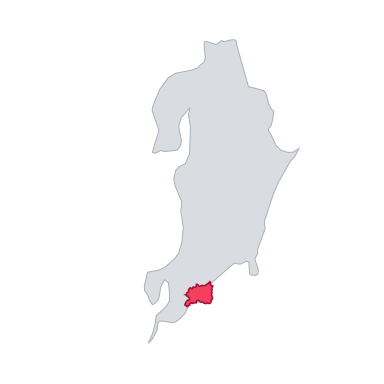 Coto Brus, Puntarenas, Costa Rica (highlighted), rotated 49°
{"feature_id": "36466004B67962139153797", "entity_name": "Coto Brus", "entity_type": "district", "adm_level": 2, "iso_a3": "CRI", "parent_name": "Costa Rica", "parent_adm1": "Puntarenas", "projection": "equal_earth", "projection_center": [-82.934, 8.894], "detail": "fine", "context": "in_parent", "style": "filled", "palette": "rose", "viewbox_px": 384, "rotation_deg": 49, "n_neighbors": 0, "source": "geoboundaries", "source_scale": "gbopen_adm2", "svg_char_len": 6194}
<svg xmlns="http://www.w3.org/2000/svg" viewBox="0 0 384 384"><g transform="rotate(49 192 192)"><path d="M297.3,196.4L296.9,197.9L295.8,199.6L294.3,201.2L292.2,202.4L287.2,199.0L282.3,195.1L279.6,196.9L278.6,201.9L276.7,204.5L274.5,205.5L273.5,207.2L273.3,224.2L273.5,240.2L277.2,240.6L283.4,246.2L286.1,249.5L286.9,252.5L286.1,254.0L281.6,257.5L277.2,261.9L275.0,267.4L278.8,276.3L279.7,282.4L279.5,288.8L278.5,291.8L269.9,299.1L268.0,301.7L268.3,303.5L273.0,308.5L275.2,313.4L277.1,319.3L277.4,324.4L273.1,314.9L267.1,305.9L261.9,300.3L261.6,287.4L259.5,280.4L251.7,273.9L245.0,269.3L240.1,270.3L243.1,277.7L250.9,287.3L251.5,290.9L251.3,295.8L245.9,295.1L241.2,293.1L235.4,292.5L231.5,289.5L223.4,278.1L229.2,268.4L231.0,262.0L230.9,248.8L229.5,242.3L223.2,232.6L213.2,221.9L199.2,213.1L192.6,206.1L176.2,200.7L170.0,197.1L165.1,190.4L164.4,185.7L166.2,178.3L161.7,169.0L142.1,150.6L131.2,143.9L128.9,139.9L127.2,138.7L128.8,151.3L133.6,159.0L146.0,166.1L149.5,170.2L150.8,175.6L143.6,186.0L139.9,188.6L138.8,194.2L136.4,195.9L133.9,192.7L123.8,176.5L104.3,168.7L100.8,164.0L93.5,149.2L90.2,135.7L91.5,126.7L99.5,112.7L102.1,106.6L101.6,102.8L101.8,97.3L98.9,93.4L91.5,88.4L86.7,84.3L88.0,82.3L96.6,76.9L97.1,72.0L97.1,70.4L98.5,70.1L99.7,68.8L100.5,67.4L102.8,62.7L104.9,60.1L107.2,59.6L110.0,61.6L120.8,66.7L132.7,72.3L149.6,80.3L156.7,75.2L162.7,71.3L166.9,71.8L176.0,76.4L181.5,77.8L184.9,77.4L190.7,84.1L193.9,89.1L194.4,92.5L196.2,94.3L200.7,94.7L211.9,98.1L218.7,97.4L224.9,93.8L228.3,89.5L229.3,82.7L230.9,86.1L232.7,91.3L233.5,98.1L241.5,120.9L247.9,133.7L261.9,156.9L267.9,161.2L278.2,179.9L281.7,183.0L283.7,188.5L294.3,193.0L297.3,196.4Z" fill="#d9dde1" stroke="#a8b0b8" stroke-width="1"/><path d="M265.3,264.3L265.6,264.1L265.8,264.1L266.0,264.1L266.4,264.1L266.6,264.2L266.7,264.3L266.9,264.3L267.0,264.3L267.2,264.1L267.2,263.8L267.4,263.7L267.9,263.4L268.0,263.4L268.3,263.6L268.5,263.6L268.6,263.8L268.8,263.8L269.0,263.7L269.3,263.6L269.5,263.6L269.8,263.6L270.0,263.6L270.4,263.6L270.5,263.7L270.5,263.8L270.9,263.8L271.3,264.3L271.4,264.5L271.4,264.8L271.6,265.2L271.6,265.4L271.6,265.5L271.3,265.5L271.2,265.6L270.9,265.9L270.9,266.0L270.9,266.4L270.9,266.5L270.9,267.1L270.8,267.4L270.8,267.8L271.0,268.1L271.1,268.8L271.3,269.1L271.3,269.4L271.5,269.6L271.6,269.9L271.7,270.0L271.8,270.4L272.0,270.7L272.2,271.0L272.4,271.2L272.5,271.3L272.7,271.5L272.8,271.5L273.2,271.6L273.3,271.5L273.3,271.4L273.6,271.1L273.9,270.8L274.1,270.7L274.5,270.8L274.8,270.8L274.8,271.0L275.0,271.1L275.3,270.9L275.3,270.7L275.4,270.4L275.5,270.3L275.6,270.1L275.5,269.7L275.5,269.4L275.4,269.2L275.6,268.7L275.7,268.2L275.8,268.0L275.5,267.9L275.4,267.8L275.2,267.6L275.1,267.2L274.9,266.9L274.9,266.7L275.2,266.4L275.3,266.3L275.4,266.1L275.1,265.8L275.0,265.7L275.1,265.4L275.3,265.1L275.4,264.8L276.5,264.8L276.6,264.7L276.7,264.4L276.6,264.1L276.4,264.0L276.4,263.9L276.5,263.8L276.5,263.7L276.8,263.5L276.8,263.4L277.0,263.1L277.3,262.8L277.6,262.7L278.0,262.2L278.2,261.9L278.4,261.5L278.4,261.3L278.3,261.2L278.1,261.0L277.9,260.9L277.7,260.8L277.5,260.7L277.4,260.6L277.3,260.4L277.2,260.2L277.1,259.9L277.2,259.6L277.5,259.3L277.6,259.2L277.8,258.8L278.0,258.7L278.2,258.3L278.4,258.0L278.6,258.0L278.9,257.8L279.5,257.8L280.0,257.7L280.6,257.6L280.9,257.5L280.9,257.4L281.1,257.3L281.6,256.8L281.7,256.7L281.7,256.4L281.8,256.3L282.0,256.2L282.3,256.0L282.5,255.9L282.8,255.8L283.1,255.8L283.3,255.9L283.7,255.9L283.8,255.9L284.0,255.7L284.4,255.4L284.5,255.3L284.8,255.3L285.0,255.1L285.2,254.8L285.3,254.6L285.6,254.3L285.7,254.1L285.6,253.9L285.6,253.5L285.6,253.4L286.0,253.0L286.2,252.9L286.5,252.7L286.8,252.5L286.9,252.4L287.1,252.4L287.2,252.2L287.4,252.1L287.7,252.0L287.8,251.9L287.9,251.6L287.9,251.4L287.7,250.5L287.7,250.1L287.5,249.8L287.4,249.6L287.0,249.3L286.8,248.9L286.6,248.8L286.5,248.7L286.4,248.7L286.3,248.4L286.1,248.2L286.2,247.9L286.3,247.8L286.4,247.4L286.3,247.2L286.2,247.0L286.2,246.9L286.0,246.7L285.9,246.6L285.7,246.5L285.5,246.1L285.3,246.0L285.1,245.9L284.9,245.8L284.7,245.8L284.6,245.7L284.0,245.3L283.8,245.2L283.7,245.1L283.2,245.1L282.4,245.0L282.2,244.6L282.1,244.4L282.1,244.2L281.8,243.9L281.6,243.7L281.5,243.3L281.3,243.0L281.2,242.9L280.9,242.8L280.6,242.6L280.3,242.5L280.1,242.4L279.9,242.1L279.7,242.0L279.5,241.9L279.3,241.8L279.2,241.7L278.9,240.9L278.5,240.7L278.4,240.6L278.2,240.7L277.9,240.7L277.7,240.4L277.6,240.2L277.4,239.9L277.4,239.7L277.1,239.2L276.9,238.9L276.9,238.7L276.9,238.2L276.7,237.9L276.4,237.9L276.2,238.1L276.0,238.3L275.5,238.4L275.1,238.4L274.9,238.6L274.5,238.9L274.4,238.9L274.3,239.0L274.2,239.0L274.1,238.8L273.9,238.7L273.7,238.7L273.6,238.9L273.4,238.9L273.2,238.5L272.9,237.8L272.8,237.6L272.7,237.6L272.3,237.7L272.2,237.6L271.8,237.3L271.7,237.2L271.4,237.3L271.5,237.4L271.5,237.5L271.6,237.8L271.6,238.3L271.4,238.9L271.4,239.1L271.6,239.8L271.6,240.0L271.4,240.8L271.5,240.9L271.5,241.2L271.5,241.6L271.4,242.0L271.3,242.4L271.2,242.4L271.2,242.5L271.2,243.3L271.2,243.5L271.0,243.8L270.9,244.0L270.7,244.2L270.5,244.5L270.2,244.9L270.0,245.1L269.8,245.3L269.7,245.4L269.4,245.3L269.1,245.8L268.9,246.3L268.7,247.0L268.5,247.3L268.5,247.6L268.4,247.7L268.2,248.2L268.0,248.3L267.6,248.5L267.3,248.5L267.0,248.5L266.6,248.4L266.2,248.3L265.9,248.3L265.6,248.4L265.2,248.5L264.8,249.0L264.6,249.2L264.5,249.3L264.8,249.5L265.0,249.7L265.4,249.9L265.6,250.1L265.8,250.3L265.9,250.7L265.9,250.9L266.0,251.0L266.0,251.3L266.1,251.5L265.9,252.1L265.8,252.3L265.7,252.5L265.4,252.8L265.2,252.9L265.0,253.0L264.7,253.0L264.5,253.5L264.5,253.9L264.7,254.1L264.8,254.2L264.9,254.3L264.9,255.2L265.0,255.2L265.1,255.3L265.1,255.5L264.9,255.6L264.4,255.6L264.2,255.7L264.1,255.8L263.9,255.9L263.7,256.0L263.3,255.9L263.2,256.1L263.3,256.2L263.3,256.3L263.2,256.7L263.2,257.1L263.1,257.3L263.1,257.5L263.2,257.8L263.4,258.3L263.5,258.3L263.6,258.8L263.9,259.0L264.1,259.3L264.3,259.4L264.5,259.3L264.8,259.6L264.8,259.8L265.0,260.4L265.1,260.5L265.0,260.8L264.9,261.3L264.7,261.5L264.7,261.8L264.8,261.9L264.8,262.4L264.8,262.5L265.1,262.9L265.2,263.0L265.3,263.1L265.5,263.2L265.5,263.4L265.6,263.6L265.6,263.8L265.4,264.0L265.3,264.3Z" fill="#f43f5e" stroke="#9f1239" stroke-width="1.5"/></g></svg>